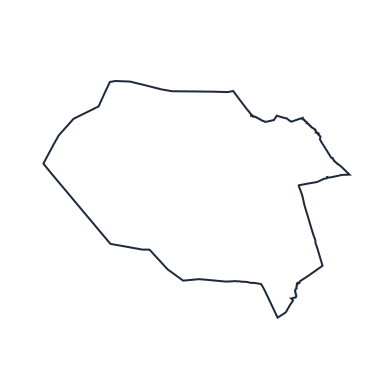 outline of Trysil nor, Hedmark, Norway, rotated 191°
{"feature_id": "86288312B82659531388015", "entity_name": "Trysil nor", "entity_type": "district", "adm_level": 2, "iso_a3": "NOR", "parent_name": "Norway", "parent_adm1": "Hedmark", "projection": "equal_earth", "projection_center": [11.926, 61.356], "detail": "fine", "context": "isolated", "style": "outline", "palette": "slate", "viewbox_px": 384, "rotation_deg": 191, "n_neighbors": 0, "source": "geoboundaries", "source_scale": "gbopen_adm2", "svg_char_len": 4825}
<svg xmlns="http://www.w3.org/2000/svg" viewBox="0 0 384 384"><g transform="rotate(191 192 192)"><path d="M40.7,239.1L50.7,245.6L53.3,247.0L53.7,247.0L54.0,247.1L54.3,247.2L54.3,247.3L54.7,247.6L55.1,247.7L55.6,248.1L55.9,248.3L56.4,248.5L56.6,248.5L57.0,248.8L57.1,249.0L57.5,249.2L58.3,249.5L58.5,249.7L58.5,249.9L58.8,250.1L58.8,250.3L59.0,250.5L59.5,250.8L59.8,251.1L60.0,251.4L60.8,251.8L61.2,252.1L61.4,252.2L61.3,252.3L62.0,252.4L62.4,252.7L62.4,252.8L62.6,253.0L70.3,261.3L71.4,262.4L71.7,262.8L74.0,265.1L76.4,268.0L76.5,270.9L77.0,271.2L77.0,271.3L77.6,271.6L78.1,272.0L78.5,272.1L78.7,272.4L79.0,272.5L79.2,272.9L79.4,273.0L79.5,273.2L79.4,273.3L79.6,273.3L79.9,273.4L80.0,273.5L80.3,273.6L80.2,273.6L80.4,273.7L80.4,273.8L80.6,273.8L80.8,274.0L81.0,274.0L80.9,274.1L81.0,274.1L81.4,274.2L81.5,274.3L81.9,274.7L81.7,275.0L81.8,275.1L82.2,275.3L82.3,275.5L82.5,275.8L82.9,276.2L82.9,276.3L82.8,276.5L83.1,276.6L83.3,276.8L83.5,276.8L83.5,277.0L83.9,277.0L84.2,277.3L84.5,277.4L84.8,277.6L85.1,277.7L85.5,277.9L86.0,277.9L86.3,278.1L86.7,278.2L86.8,278.3L87.1,278.3L87.3,278.4L87.4,278.5L87.5,278.6L87.7,278.8L87.7,279.0L87.8,279.0L88.0,279.2L88.1,279.3L88.7,279.4L89.0,279.6L89.3,279.8L89.2,279.9L89.3,280.0L89.5,280.2L89.8,280.2L90.1,280.3L90.3,280.4L90.3,280.5L90.5,280.6L90.6,280.8L91.4,281.1L91.3,281.3L91.7,281.4L91.9,281.6L92.3,281.6L92.2,281.8L92.3,282.0L92.6,282.3L92.7,282.5L92.8,282.5L93.1,282.7L93.4,282.7L93.5,282.8L94.0,282.9L94.5,283.1L94.8,283.3L94.8,283.6L95.0,283.7L95.2,283.8L95.3,283.9L95.5,284.1L96.0,284.2L95.9,284.3L95.7,284.3L95.9,284.5L96.1,284.6L96.4,284.5L96.6,284.7L97.3,284.8L97.8,284.9L97.8,285.0L97.6,285.1L97.7,285.3L97.5,285.5L97.5,285.8L100.6,284.2L107.8,280.0L108.6,280.3L109.0,280.2L109.4,280.6L110.4,280.9L111.3,281.4L112.5,282.1L113.3,282.4L113.8,282.2L115.6,282.4L118.6,282.6L123.3,283.1L124.6,280.0L125.0,279.2L125.3,278.3L131.3,275.6L132.9,275.0L133.4,274.7L133.8,274.9L134.1,275.0L134.7,275.1L135.2,275.4L135.7,275.4L136.5,275.2L136.7,275.3L136.9,275.6L137.1,275.6L137.5,275.7L137.7,275.8L137.9,275.8L138.0,275.9L138.2,276.0L138.4,276.1L138.7,276.2L138.8,276.3L139.0,276.4L139.4,276.4L139.5,276.5L140.2,276.6L140.4,276.7L140.6,276.7L140.9,276.8L141.1,276.9L141.2,277.1L141.6,277.1L142.0,277.3L143.0,277.4L143.1,277.6L143.4,277.8L143.8,277.8L143.9,277.7L144.1,277.8L144.4,277.9L144.7,277.9L144.8,278.0L145.0,278.0L145.1,277.8L145.4,277.7L145.6,277.8L145.9,277.7L145.9,277.8L145.9,278.1L146.3,278.1L146.5,278.2L146.8,278.2L147.4,278.0L147.5,278.0L147.4,278.1L147.5,278.1L148.2,278.1L148.5,278.1L148.6,278.3L148.4,278.4L148.5,278.5L148.2,278.9L148.4,279.0L148.4,279.4L148.6,279.5L148.9,279.5L149.1,279.7L149.8,280.3L150.4,280.9L150.9,281.2L151.2,281.7L151.4,282.0L152.1,282.3L152.8,282.8L153.5,283.4L153.9,283.7L154.7,284.4L163.4,292.2L166.8,295.3L170.9,299.0L175.9,296.9L189.9,294.6L214.1,290.2L230.9,287.1L241.5,286.9L261.4,288.0L271.1,288.4L271.6,288.6L274.4,288.5L285.4,286.8L286.9,286.6L289.9,285.9L290.6,285.4L293.4,284.5L293.7,283.9L296.9,271.3L300.0,258.2L322.2,241.3L333.6,222.2L337.0,212.0L338.0,208.7L338.7,206.5L343.3,191.5L335.1,184.6L262.2,125.5L229.8,126.0L222.7,127.3L201.2,111.4L183.8,103.3L168.8,107.7L163.0,108.4L141.8,110.5L135.0,112.1L132.5,112.8L131.6,112.8L128.5,113.3L127.7,113.4L126.8,113.4L125.9,113.5L122.2,114.0L121.3,114.2L117.1,114.0L113.7,114.6L112.6,114.7L106.5,114.8L102.1,109.6L84.0,85.0L77.0,91.7L74.1,100.2L72.3,104.2L72.1,104.8L72.8,105.4L73.5,105.9L73.7,106.1L74.3,106.4L74.0,106.5L73.1,106.9L72.7,106.9L72.5,107.3L72.2,107.4L72.1,107.5L71.3,107.9L71.0,108.0L70.6,107.9L70.4,108.0L70.1,108.4L69.9,108.8L69.9,109.1L69.8,109.3L69.8,109.7L69.8,109.9L69.8,110.1L69.9,110.3L70.0,110.7L70.3,110.9L70.7,111.1L70.7,111.9L70.7,112.0L70.9,112.4L70.9,112.6L71.0,112.7L71.3,113.2L71.5,113.4L71.6,113.5L71.8,113.8L71.9,114.0L72.0,114.3L71.9,114.7L71.8,114.8L71.8,115.0L71.8,115.4L71.9,115.5L71.9,115.8L71.8,116.0L71.7,116.4L71.7,116.5L71.4,116.7L71.3,116.8L70.9,117.4L71.0,117.6L71.2,117.8L71.5,118.8L71.5,119.0L71.2,119.2L71.1,119.4L71.2,119.7L71.2,119.9L71.3,120.0L71.2,120.4L71.3,120.6L71.0,120.9L71.0,121.1L71.2,121.4L71.3,121.7L70.6,122.2L71.4,122.5L71.2,122.8L70.9,123.1L69.6,123.5L69.1,123.6L69.1,124.9L61.5,132.3L49.8,144.5L58.2,160.6L61.0,165.4L61.8,168.3L64.5,172.8L65.0,173.7L65.3,174.3L65.7,174.9L66.5,176.5L66.8,177.1L67.1,177.6L67.3,178.0L67.6,178.5L68.0,179.3L69.3,181.8L70.3,183.7L73.5,189.9L73.8,190.4L74.1,191.0L75.1,192.9L75.9,194.4L76.0,194.5L76.1,194.8L76.2,195.0L76.8,196.1L79.2,200.7L82.9,209.2L83.5,210.3L85.3,213.4L87.9,217.5L88.5,218.8L88.2,219.0L87.1,219.5L79.0,222.7L71.0,225.7L65.4,229.9L65.1,230.1L64.8,230.1L64.5,230.3L64.1,230.5L63.6,230.6L62.1,231.4L61.9,231.8L62.0,232.2L62.3,232.5L62.2,232.6L60.7,232.2L58.5,232.9L55.5,234.2L55.1,234.3L48.0,237.4L40.7,239.1Z" fill="none" stroke="#1e293b" stroke-width="2"/></g></svg>